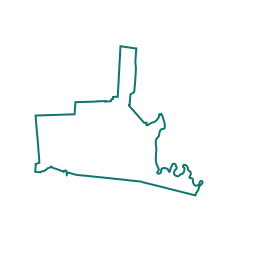 Racovita, Braila, Romania (Natural Earth projection), rotated 293°
{"feature_id": "2599482B6891697866435", "entity_name": "Racovita", "entity_type": "district", "adm_level": 2, "iso_a3": "ROU", "parent_name": "Romania", "parent_adm1": "Braila", "projection": "natural_earth1", "projection_center": [27.452, 45.315], "detail": "fine", "context": "isolated", "style": "outline", "palette": "teal", "viewbox_px": 256, "rotation_deg": 293, "n_neighbors": 0, "source": "geoboundaries", "source_scale": "gbopen_adm2", "svg_char_len": 5433}
<svg xmlns="http://www.w3.org/2000/svg" viewBox="0 0 256 256"><g transform="rotate(293 128 128)"><path d="M109.2,188.4L109.6,188.4L110.0,188.5L110.9,188.1L111.4,187.5L111.7,187.0L112.0,186.8L112.3,186.6L112.9,186.1L113.2,185.1L113.1,184.3L112.8,183.7L112.3,183.2L111.4,183.0L110.7,183.3L109.8,183.2L108.9,183.0L108.1,182.9L107.3,183.0L106.6,183.2L105.3,183.5L104.5,183.5L104.0,183.4L103.8,183.0L103.9,182.6L104.2,182.2L104.8,181.9L105.1,181.6L105.4,181.1L105.6,180.4L105.7,179.7L105.8,178.9L105.7,178.1L105.5,177.5L105.2,176.8L104.7,175.9L104.2,175.4L103.7,175.0L103.2,174.9L102.8,174.9L102.1,175.0L101.7,175.3L101.2,175.5L100.4,175.6L99.7,175.6L99.2,175.4L98.7,175.1L98.2,174.6L97.9,174.1L97.8,173.6L97.9,173.1L98.1,172.5L98.4,172.3L99.6,172.5L100.4,172.7L101.0,172.7L101.5,172.6L102.0,172.4L103.2,171.4L104.8,169.6L105.5,168.7L106.6,167.9L107.6,167.1L109.1,166.3L110.8,165.5L112.1,165.0L115.4,163.8L118.9,162.7L121.9,161.2L123.3,160.3L125.0,159.4L126.0,159.0L126.8,158.7L127.6,158.6L128.6,158.5L129.4,158.5L130.1,158.7L130.6,158.9L131.3,159.2L131.8,159.4L132.4,159.5L133.0,159.5L133.9,159.3L134.7,159.1L135.6,158.9L136.3,158.7L137.0,158.7L138.1,158.6L139.1,158.9L139.9,159.2L140.4,159.9L140.7,160.6L140.9,160.9L141.1,161.2L141.4,161.4L142.1,161.7L142.7,161.6L143.5,161.3L144.9,160.8L146.1,160.2L147.8,158.9L150.0,157.2L151.7,155.7L152.1,155.3L152.5,154.9L152.8,154.6L153.1,154.2L153.4,153.9L153.5,153.7L153.7,153.4L153.9,153.1L153.2,152.8L153.2,152.1L153.1,151.6L152.9,151.5L152.6,151.4L152.1,151.6L151.5,152.0L150.7,152.1L149.7,152.0L149.3,151.9L148.8,151.8L148.2,151.7L147.5,151.6L147.0,151.5L146.4,151.3L145.9,151.2L145.6,151.0L145.2,150.8L144.8,150.5L144.4,150.3L144.0,150.0L143.6,149.6L143.2,149.1L142.8,148.7L142.5,148.2L142.2,147.8L141.8,147.5L141.3,147.2L141.0,146.9L140.4,146.4L139.9,146.1L139.6,145.9L139.0,145.6L138.6,145.2L138.3,144.9L138.1,144.7L138.0,144.4L137.9,144.1L138.1,143.9L138.2,143.6L138.5,143.4L139.0,143.2L139.7,143.2L140.1,143.1L139.1,140.7L139.2,140.4L141.1,136.6L144.8,128.9L145.2,128.0L146.9,124.6L149.1,120.0L149.8,119.8L150.1,120.5L152.9,119.4L153.0,119.4L159.9,117.1L163.4,119.6L163.7,119.6L167.8,118.3L168.0,118.2L174.0,116.3L180.0,114.2L186.0,112.0L186.1,111.9L191.6,109.0L197.6,106.9L197.8,106.8L201.2,105.7L203.1,105.0L203.7,104.8L203.8,104.8L204.5,104.6L204.0,103.1L201.3,92.8L200.4,89.5L200.3,89.1L197.3,90.2L197.1,90.3L191.1,92.5L186.3,94.2L185.2,94.6L179.2,96.8L173.0,99.0L170.1,100.1L167.2,101.2L161.2,103.3L154.8,105.6L152.7,106.4L151.5,103.5L151.3,103.3L150.7,102.1L148.8,102.8L148.0,101.5L147.9,101.5L146.7,101.8L146.4,101.7L146.0,101.8L143.5,96.8L144.0,96.7L140.3,88.8L140.1,88.8L135.7,79.3L131.2,69.5L130.6,69.8L128.5,70.5L125.8,71.4L119.7,73.5L117.9,69.4L113.0,58.9L111.4,55.4L108.9,50.1L107.3,46.5L105.8,43.4L103.4,38.1L101.6,39.0L100.8,39.4L98.4,40.6L96.8,41.5L95.5,42.1L95.3,42.3L94.2,42.8L91.0,44.6L90.4,44.8L86.9,46.7L81.6,49.6L64.0,58.7L61.3,60.0L58.7,57.0L57.7,57.6L51.5,59.7L51.8,60.3L51.9,61.1L52.2,62.5L52.6,63.4L52.9,64.6L53.6,65.0L54.2,65.4L55.5,67.4L56.0,67.9L56.6,68.2L58.6,69.4L59.7,69.9L60.2,70.6L61.2,71.7L62.5,72.3L62.1,73.2L62.0,74.9L62.0,75.8L62.3,77.6L62.4,78.0L62.4,78.8L62.2,79.6L62.4,80.1L62.5,81.3L62.4,82.7L63.0,85.3L62.9,85.5L62.6,85.7L62.4,85.9L62.5,86.0L63.2,86.0L63.9,86.3L64.6,87.3L64.5,87.6L64.0,88.2L63.7,88.5L63.2,88.8L62.6,89.1L62.0,89.4L61.2,89.8L60.9,90.0L61.1,90.1L61.4,90.0L61.7,90.0L62.4,89.7L62.8,89.6L63.3,89.5L63.4,89.8L63.5,90.1L63.6,90.5L63.8,91.8L64.3,95.8L64.3,96.5L64.4,97.1L64.7,98.6L65.4,101.0L65.5,101.4L67.1,106.5L68.7,111.6L74.8,131.3L75.2,132.8L78.7,144.1L81.0,152.0L82.6,157.1L83.6,160.3L83.8,162.3L84.4,166.0L85.9,175.5L86.2,177.5L86.3,177.8L87.2,183.6L87.6,186.1L88.6,192.8L91.7,212.7L91.8,213.4L92.4,216.4L94.3,216.1L97.0,216.6L97.4,216.6L97.6,216.7L97.8,216.8L98.8,216.8L99.9,216.8L100.1,216.8L100.3,216.7L101.0,216.4L101.6,216.3L102.1,216.3L102.5,216.5L102.8,216.6L103.5,217.0L104.0,217.3L104.8,217.6L105.6,217.9L106.3,217.9L107.2,217.8L107.7,217.5L108.0,216.8L107.9,216.0L107.3,215.5L106.8,215.2L106.2,215.1L105.6,215.2L104.8,215.5L104.1,215.6L103.6,215.5L103.0,215.1L102.3,214.3L102.0,213.9L101.5,213.3L101.4,213.0L101.3,212.6L101.3,212.1L101.4,211.8L101.6,211.3L101.8,210.9L102.1,210.4L102.6,209.8L103.0,209.5L103.1,209.3L103.4,209.1L103.6,208.9L103.9,208.8L104.0,208.7L104.5,208.5L105.0,208.3L105.5,208.1L105.8,207.9L106.1,207.7L106.4,207.4L106.5,207.2L106.6,206.9L106.6,206.7L106.6,206.2L106.5,205.8L106.4,205.5L106.2,205.0L106.1,204.8L106.1,204.5L106.1,204.3L106.2,204.1L106.5,203.9L106.9,203.9L107.2,203.8L107.6,203.8L108.1,203.8L108.6,203.9L108.9,203.9L109.3,203.9L109.7,203.9L110.2,203.8L110.7,203.6L111.2,203.3L111.5,203.1L111.8,202.7L112.1,202.3L112.3,201.8L112.4,201.0L112.5,200.7L112.6,200.3L112.9,199.9L113.3,199.4L113.7,199.1L114.1,198.8L114.6,198.8L114.9,198.6L115.3,198.0L115.6,197.5L115.9,197.1L116.2,196.1L116.3,195.9L116.3,195.6L116.3,195.1L116.3,194.8L116.0,194.2L115.7,193.7L115.2,193.5L114.7,193.4L114.1,193.5L113.7,194.0L113.5,194.6L113.5,195.0L113.2,195.5L112.7,195.9L111.9,196.1L111.2,196.3L110.4,196.5L109.5,196.6L108.9,196.6L108.2,196.3L107.5,196.1L106.8,195.7L106.6,195.5L106.4,195.2L106.2,194.9L105.9,194.6L105.7,194.4L105.3,194.2L104.7,194.0L103.9,193.5L103.3,193.2L103.0,192.7L102.8,192.1L102.8,190.9L102.8,190.5L103.0,189.5L103.3,188.9L103.7,188.5L104.2,188.1L104.9,187.8L105.8,187.6L106.9,187.6L108.0,187.9L108.6,188.1L109.2,188.4Z" fill="none" stroke="#0f766e" stroke-width="2"/></g></svg>